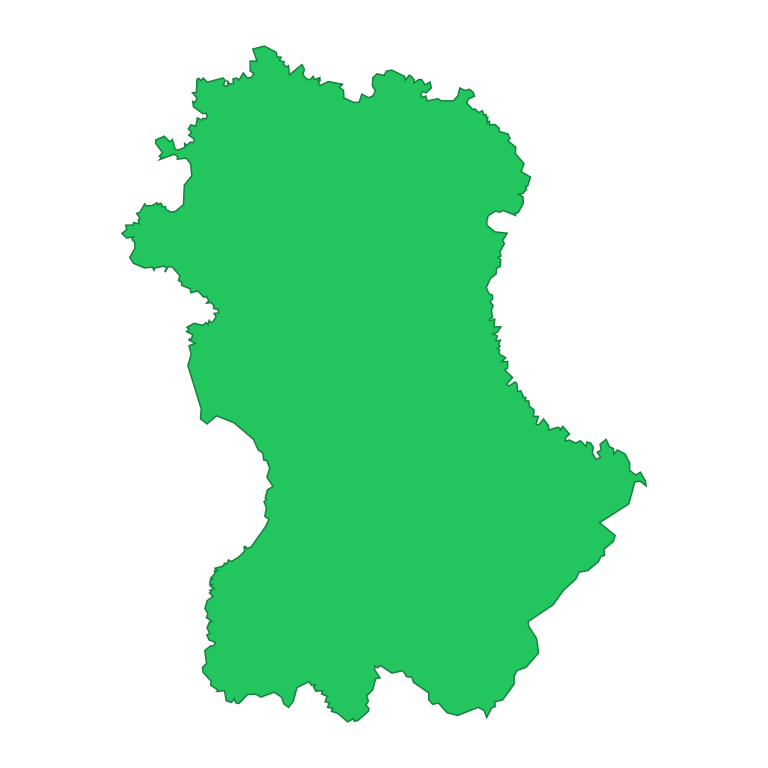 outline of Santo Amaro Abade, Tarrafal, Cabo Verde
{"feature_id": "66160863B37752467633472", "entity_name": "Santo Amaro Abade", "entity_type": "district", "adm_level": 2, "iso_a3": "CPV", "parent_name": "Cabo Verde", "parent_adm1": "Tarrafal", "projection": "mercator", "projection_center": [-23.726, 15.266], "detail": "fine", "context": "isolated", "style": "filled", "palette": "green", "viewbox_px": 768, "rotation_deg": 0, "n_neighbors": 0, "source": "geoboundaries", "source_scale": "gbopen_adm2", "svg_char_len": 6042}
<svg xmlns="http://www.w3.org/2000/svg" viewBox="0 0 768 768"><path d="M486.6,717.5L491.7,707.9L495.2,706.6L494.8,701.8L502.6,699.9L514.0,684.3L514.2,675.6L517.1,670.4L526.0,667.4L538.6,652.8L536.5,638.4L528.6,626.1L528.2,621.5L553.2,604.7L563.4,590.4L575.7,579.2L579.1,572.2L588.0,570.5L598.4,561.7L600.7,556.7L604.5,555.4L604.3,548.9L613.2,541.7L615.2,535.6L599.5,522.7L628.8,503.9L634.8,481.9L640.1,481.2L646.1,485.9L645.4,480.9L640.4,472.2L635.9,475.1L629.6,470.4L629.7,463.1L625.1,454.0L617.4,450.0L613.9,454.1L613.3,448.4L609.5,446.9L606.1,439.4L600.1,444.2L601.1,450.1L597.2,452.2L600.6,457.2L596.2,459.5L592.2,453.2L593.4,447.4L590.8,443.1L586.7,442.1L586.1,446.4L580.3,440.7L575.6,443.1L569.3,440.0L565.5,441.2L565.7,437.6L569.5,434.1L562.8,426.4L559.8,430.9L560.4,428.7L557.9,427.2L548.9,430.0L548.4,425.5L543.5,419.0L538.6,424.9L536.0,424.3L538.4,416.4L533.4,416.3L534.1,410.0L529.4,406.3L528.7,400.9L525.5,401.0L525.8,397.5L523.6,397.4L520.8,390.8L517.7,391.7L516.8,383.3L514.9,382.0L509.2,386.0L506.5,384.2L512.6,377.6L504.8,370.1L507.5,368.0L507.8,361.5L501.6,361.6L505.6,357.8L499.4,354.1L499.5,349.5L497.3,348.5L500.1,346.2L498.5,344.5L500.5,340.2L495.8,340.9L497.3,336.0L492.9,333.9L497.3,332.4L500.8,326.9L493.9,326.8L494.8,319.3L489.5,320.8L489.9,318.3L492.6,317.8L491.4,310.5L493.1,305.6L490.1,301.4L492.6,299.3L492.5,295.1L488.9,293.7L486.3,287.5L490.5,278.3L496.3,273.7L496.5,268.2L500.3,266.5L500.7,259.4L498.1,257.4L501.0,255.9L499.7,252.2L504.4,243.7L502.6,240.6L507.2,233.2L494.9,231.9L486.9,225.3L486.8,220.9L488.2,215.7L495.4,211.1L499.9,212.2L502.9,210.4L515.6,215.5L515.2,213.3L518.2,212.7L523.3,203.2L523.0,196.9L518.5,194.4L522.8,193.6L526.7,189.1L525.4,186.5L527.7,185.9L530.5,177.1L521.1,171.6L524.0,163.7L515.3,153.4L515.8,147.2L507.8,140.8L510.0,138.5L508.1,134.1L499.4,131.5L499.1,128.1L494.9,124.4L490.0,125.0L489.4,121.3L487.3,123.0L487.7,117.1L486.0,117.5L486.1,114.5L483.9,115.0L482.4,110.7L478.8,112.5L474.6,108.8L473.0,109.8L466.8,103.0L468.4,99.0L474.5,96.2L473.2,92.2L469.5,89.3L465.2,90.5L459.8,88.0L458.0,95.6L453.4,100.8L441.3,100.8L437.8,98.7L427.2,101.0L425.8,96.0L422.1,97.6L420.9,93.8L422.6,91.5L426.1,92.9L431.3,88.0L430.1,81.9L425.1,84.9L421.7,79.7L418.9,79.5L413.9,83.0L414.2,79.9L411.0,76.0L409.2,75.2L405.3,80.2L404.7,76.4L391.7,70.1L386.3,71.2L384.2,75.4L377.0,73.8L372.8,77.8L372.4,85.9L375.4,90.8L372.9,95.9L368.5,97.7L361.8,94.1L359.2,102.1L353.7,102.4L343.9,97.9L343.5,90.3L339.4,87.6L342.5,84.3L328.3,81.5L320.3,85.5L318.5,82.4L320.2,80.3L320.0,79.4L318.3,80.3L319.7,77.7L314.3,79.5L313.2,76.3L309.8,79.9L306.6,78.9L302.8,74.8L304.4,69.5L302.0,64.6L289.4,74.8L288.4,65.7L286.8,66.9L283.2,64.4L284.3,62.0L279.4,60.4L281.1,57.2L277.1,57.0L276.3,52.4L264.4,46.1L252.8,49.0L257.0,61.2L250.1,61.1L250.2,71.2L253.8,73.3L251.5,77.4L247.2,78.0L243.3,72.9L238.9,80.2L236.7,78.0L233.0,78.8L233.4,83.8L229.2,83.8L228.1,81.6L227.3,81.0L228.2,85.3L225.6,86.4L223.5,84.9L225.3,80.6L222.9,78.0L207.2,82.2L203.3,78.1L200.9,80.6L198.8,78.3L196.9,79.4L196.4,92.4L192.5,92.7L197.0,98.2L195.0,102.6L192.7,101.4L193.4,106.7L202.8,113.7L206.2,113.2L207.1,116.1L206.2,118.9L202.9,118.2L201.8,120.2L197.4,117.9L195.8,126.2L190.9,124.8L188.3,128.9L191.8,132.6L188.7,135.2L194.5,139.3L193.2,142.8L190.4,142.0L186.9,145.2L184.6,143.4L184.8,147.4L177.7,150.2L175.3,149.3L172.3,139.5L169.9,141.9L164.2,136.2L155.7,140.0L155.6,143.2L162.4,152.5L159.3,156.3L161.6,157.3L159.8,159.5L174.5,154.2L177.6,156.8L177.2,159.2L186.2,158.1L190.6,163.8L191.8,175.8L184.3,185.1L183.5,204.6L175.1,211.6L170.9,212.0L166.0,209.8L165.4,206.6L162.0,206.6L161.7,204.0L159.4,204.1L160.7,202.6L157.8,205.2L157.0,202.7L152.2,205.5L146.6,205.9L144.7,203.8L139.9,212.3L136.6,213.4L140.2,218.4L138.2,220.0L139.3,223.9L133.5,222.5L133.3,225.0L125.6,225.2L126.8,229.5L121.9,233.4L126.7,238.1L133.6,236.9L132.0,239.5L134.8,242.5L134.9,248.3L129.8,257.5L133.5,263.3L144.4,267.9L152.4,267.2L154.0,270.3L155.2,267.9L164.1,266.1L166.9,268.5L164.9,271.2L165.5,271.6L168.0,266.7L172.1,266.9L179.8,275.6L178.5,280.5L181.9,282.6L181.5,285.3L190.3,288.8L190.8,292.7L198.0,291.0L203.6,297.1L206.5,296.8L208.8,300.7L206.6,303.1L210.9,302.6L213.9,305.4L213.6,308.6L217.9,309.4L218.7,312.9L214.1,313.4L216.1,316.9L212.6,322.1L209.5,322.0L209.3,319.7L208.0,324.6L206.2,322.6L202.5,325.3L194.1,323.3L186.9,327.3L188.6,329.1L188.0,331.9L187.6,331.4L186.6,331.2L186.4,331.5L192.6,334.6L191.3,340.0L189.8,338.7L188.9,340.1L195.3,343.2L189.0,345.7L191.2,354.2L187.9,365.6L201.2,408.9L200.5,418.9L207.1,423.9L216.5,415.8L234.1,422.8L253.7,439.6L258.2,450.0L262.9,452.9L263.6,460.0L266.9,460.6L269.7,468.3L266.8,477.1L273.0,486.5L267.4,489.8L265.2,498.2L266.7,499.3L264.0,501.6L266.4,507.9L264.8,516.3L268.9,519.2L265.8,526.2L251.2,546.9L247.3,548.5L245.3,546.4L244.1,546.7L244.6,551.2L238.5,557.3L231.1,561.5L228.5,560.0L226.6,564.2L224.6,563.1L223.1,566.1L214.9,568.3L217.3,570.8L214.5,570.7L214.8,573.6L210.6,578.1L212.8,579.1L210.2,580.2L209.7,584.6L212.2,584.4L210.5,586.2L214.0,588.6L209.9,590.4L211.2,591.6L209.4,593.1L213.0,596.3L207.2,600.6L204.9,608.6L207.9,613.5L206.4,617.6L212.0,621.6L209.5,622.0L207.0,627.7L209.7,633.2L206.9,635.1L209.1,640.0L215.3,642.2L213.4,646.3L210.7,645.8L204.8,650.5L206.5,663.3L202.4,667.5L203.0,672.2L211.1,681.1L210.7,685.2L217.8,690.0L216.9,691.4L224.6,690.7L226.1,700.6L231.3,702.5L234.2,699.0L235.8,702.8L239.0,703.5L247.5,694.5L256.1,694.3L260.8,697.1L274.0,692.2L281.3,696.9L284.0,704.0L288.6,707.3L293.3,701.1L297.0,687.6L308.9,681.7L311.8,685.5L315.2,685.0L313.6,687.1L315.8,691.2L322.6,690.7L321.5,694.0L327.1,696.2L325.1,701.7L329.3,702.9L327.5,707.3L332.8,708.5L331.4,711.3L337.8,713.4L347.7,721.9L353.5,718.7L354.3,721.4L358.2,720.3L368.4,711.3L368.9,708.4L366.0,705.3L368.4,701.0L366.6,696.1L372.7,689.9L375.6,678.8L380.0,677.8L374.8,670.0L374.7,666.0L377.8,667.8L380.4,665.5L391.9,673.1L403.1,670.7L406.5,676.6L411.9,677.2L413.5,682.3L428.7,692.8L428.6,699.5L432.6,704.3L438.5,703.1L446.9,712.6L457.6,715.5L478.2,707.3L484.2,710.5L486.6,717.5Z" fill="#22c55e" stroke="#15803d" stroke-width="1.5"/></svg>